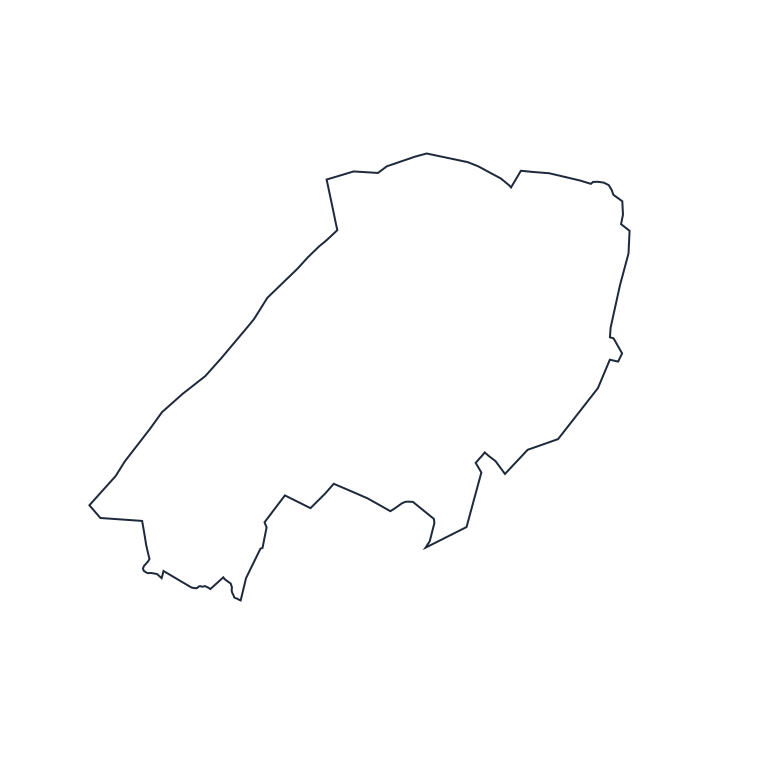 outline of Maigatari, Jigawa, Nigeria, rotated 308°
{"feature_id": "59680162B93100308813933", "entity_name": "Maigatari", "entity_type": "district", "adm_level": 2, "iso_a3": "NGA", "parent_name": "Nigeria", "parent_adm1": "Jigawa", "projection": "albers", "projection_center": [9.515, 12.698], "detail": "fine", "context": "isolated", "style": "outline", "palette": "slate", "viewbox_px": 768, "rotation_deg": 308, "n_neighbors": 0, "source": "geoboundaries", "source_scale": "gbopen_adm2", "svg_char_len": 1845}
<svg xmlns="http://www.w3.org/2000/svg" viewBox="0 0 768 768"><g transform="rotate(308 384 384)"><path d="M509.8,212.9L506.7,216.6L488.2,238.6L482.3,245.5L476.5,252.5L461.8,250.2L452.3,248.1L437.0,246.0L421.4,244.8L380.1,239.0L355.2,241.6L345.8,241.4L304.5,239.9L280.2,238.3L252.4,231.4L225.2,226.4L204.4,227.2L163.2,227.4L146.4,229.2L107.1,226.5L103.8,243.0L127.2,277.7L118.6,287.2L110.8,295.6L104.7,303.1L101.8,306.9L99.0,307.3L92.7,306.9L90.1,307.7L88.9,309.7L89.1,312.4L89.5,314.3L91.7,316.8L94.5,322.1L94.1,328.3L95.8,327.6L96.6,327.3L97.3,327.0L97.9,326.7L100.9,325.4L105.1,357.5L105.9,359.2L107.0,361.2L108.3,362.4L110.1,362.6L111.4,363.4L112.6,365.9L114.5,367.3L115.3,370.9L115.5,373.4L132.7,376.4L132.1,378.6L132.2,382.1L132.4,386.0L130.2,389.3L127.3,391.2L125.8,393.3L125.1,395.0L124.4,396.1L123.7,397.3L123.8,398.8L124.4,400.2L124.6,401.8L125.2,404.3L146.1,394.8L178.2,388.0L180.0,389.2L190.1,384.1L198.7,379.8L201.5,375.0L235.2,374.5L240.9,402.5L252.0,403.9L261.6,405.1L274.4,405.8L280.0,426.9L283.8,441.6L286.3,458.0L287.7,467.3L291.5,468.7L296.3,470.2L300.8,471.5L302.6,472.4L304.6,473.6L306.4,475.8L308.9,479.4L308.4,506.3L305.5,509.3L288.3,516.8L280.6,517.5L322.1,537.1L374.2,515.2L378.3,504.8L380.2,504.9L382.1,505.0L383.9,505.1L386.5,505.3L388.9,505.5L390.1,505.5L392.1,505.5L391.8,510.6L391.9,519.3L387.6,534.7L420.6,537.7L447.8,555.1L512.5,555.1L542.2,547.0L545.8,554.7L554.7,552.8L561.3,536.8L559.9,533.3L567.9,527.9L584.6,519.9L607.0,509.2L637.4,496.3L655.9,483.2L655.9,472.4L664.5,468.1L674.7,459.3L674.3,448.3L677.0,444.1L679.1,438.7L678.0,433.2L675.0,428.0L671.9,424.3L669.1,423.8L665.0,413.1L651.7,384.3L643.1,371.3L636.3,360.6L617.1,363.1L617.6,360.6L617.9,349.8L613.5,324.0L610.4,313.5L591.9,275.7L582.0,268.3L557.3,252.2L546.6,249.3L532.8,229.2L509.8,212.9Z" fill="none" stroke="#1e293b" stroke-width="2"/></g></svg>